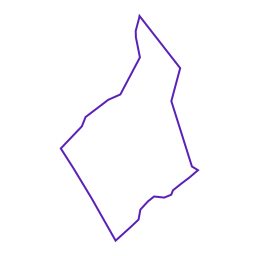 outline of Bagaroua, Tahoua, Niger, rotated 53°
{"feature_id": "23599985B53990886897515", "entity_name": "Bagaroua", "entity_type": "district", "adm_level": 2, "iso_a3": "NER", "parent_name": "Niger", "parent_adm1": "Tahoua", "projection": "mercator", "projection_center": [4.649, 14.377], "detail": "fine", "context": "isolated", "style": "outline", "palette": "violet", "viewbox_px": 256, "rotation_deg": 53, "n_neighbors": 0, "source": "geoboundaries", "source_scale": "gbopen_adm2", "svg_char_len": 484}
<svg xmlns="http://www.w3.org/2000/svg" viewBox="0 0 256 256"><g transform="rotate(53 128 128)"><path d="M103.9,194.0L127.4,195.8L162.5,199.4L210.5,205.7L208.6,184.5L207.5,174.7L200.6,167.2L198.6,156.2L198.4,148.4L205.4,140.9L207.3,133.6L204.8,129.6L204.5,118.8L204.5,108.7L203.8,97.5L197.2,100.1L132.6,77.2L111.6,50.3L45.5,51.4L47.1,53.2L55.1,63.4L60.3,67.1L78.8,76.0L96.6,113.9L93.6,126.7L93.7,155.3L98.9,163.8L103.9,194.0Z" fill="none" stroke="#5b21b6" stroke-width="2"/></g></svg>